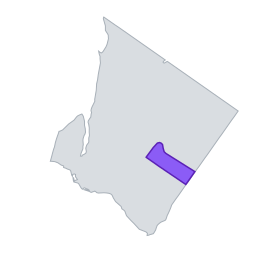 Al Farafra Oasis, Al Wadi at Jadid, Egypt (highlighted), rotated 215°
{"feature_id": "37247803B67299056810507", "entity_name": "Al Farafra Oasis", "entity_type": "district", "adm_level": 2, "iso_a3": "EGY", "parent_name": "Egypt", "parent_adm1": "Al Wadi at Jadid", "projection": "robinson", "projection_center": [27.531, 27.044], "detail": "fine", "context": "in_parent", "style": "filled", "palette": "violet", "viewbox_px": 256, "rotation_deg": 215, "n_neighbors": 0, "source": "geoboundaries", "source_scale": "gbopen_adm2", "svg_char_len": 3249}
<svg xmlns="http://www.w3.org/2000/svg" viewBox="0 0 256 256"><g transform="rotate(215 128 128)"><path d="M211.5,205.0L207.0,205.0L202.5,205.0L198.0,205.0L193.4,205.1L188.9,205.1L184.4,205.1L179.9,205.1L175.3,205.1L170.8,205.1L166.3,205.1L161.8,205.1L157.2,205.1L152.7,205.1L148.2,205.1L143.7,205.1L139.1,205.1L136.5,205.1L137.0,203.6L137.2,202.6L136.9,201.9L136.1,201.8L135.5,202.0L134.1,205.0L133.4,205.1L131.8,205.1L126.6,205.1L121.3,205.1L116.0,205.1L110.8,205.1L105.5,205.1L100.2,205.1L94.9,205.1L89.7,205.1L84.4,205.1L79.1,205.1L73.9,205.1L68.6,205.1L63.3,205.1L58.1,205.1L52.8,205.1L47.5,205.1L47.5,201.5L47.5,197.9L47.6,194.3L47.6,190.7L47.6,187.1L47.6,183.6L47.6,180.0L47.6,176.4L47.7,172.8L47.7,169.2L47.7,165.6L47.7,162.1L47.7,158.5L47.7,154.9L47.7,151.3L47.8,147.7L47.8,144.1L47.8,140.6L47.8,137.0L47.9,133.4L47.9,129.8L47.9,126.2L47.9,122.6L47.9,119.1L48.0,115.5L48.0,111.9L48.0,108.3L48.0,104.7L48.0,101.1L48.1,97.6L48.1,94.0L48.1,90.4L48.0,89.7L47.3,87.3L46.6,84.2L45.9,80.4L45.8,79.2L44.6,75.2L44.5,74.1L44.8,73.3L46.9,70.0L47.5,68.4L48.0,66.5L48.2,64.9L47.6,62.5L46.9,60.4L46.7,58.2L46.6,56.0L47.7,54.6L48.9,53.2L49.4,52.3L50.2,51.4L50.7,50.9L51.7,52.9L53.8,53.2L60.7,51.5L68.3,53.2L72.4,53.9L78.9,55.3L82.8,58.0L83.9,58.3L86.7,58.3L88.6,59.8L96.0,60.6L99.9,62.3L102.2,63.7L103.5,64.1L104.7,64.0L106.3,63.5L108.3,62.5L110.5,61.2L115.0,57.7L116.6,57.1L117.7,57.3L119.0,57.3L119.5,56.3L120.2,55.7L120.6,54.9L121.3,54.1L123.6,53.8L128.4,52.3L127.8,53.0L123.5,54.7L125.4,54.9L127.3,54.4L129.4,54.0L129.8,53.3L130.1,51.9L130.5,51.7L132.0,52.0L136.5,54.1L137.6,54.1L140.7,53.0L141.3,52.7L142.4,53.4L144.7,55.9L143.9,55.9L141.4,53.7L141.2,54.8L139.8,56.7L141.6,57.5L143.0,57.9L143.8,58.9L144.3,59.9L145.7,59.5L146.7,58.2L146.2,57.4L145.8,56.7L146.3,56.7L147.3,57.3L150.1,59.8L151.1,60.3L152.2,60.2L154.5,59.5L155.1,59.6L158.1,58.7L158.5,59.4L159.0,60.0L161.5,59.3L165.4,59.3L168.6,58.5L172.2,56.5L172.5,56.2L172.7,56.7L173.2,58.1L174.4,61.5L175.4,64.1L176.7,67.8L177.1,69.2L177.3,70.2L179.1,74.3L180.2,77.6L181.0,80.3L182.1,84.3L182.6,85.7L181.9,86.4L180.4,89.0L178.9,97.2L176.7,103.5L176.5,107.5L176.2,109.0L175.1,111.0L173.8,113.0L171.4,112.0L167.4,108.5L165.1,105.2L162.7,103.0L160.4,100.2L159.7,98.1L159.7,96.8L158.7,93.6L157.9,92.1L155.1,88.7L154.3,86.9L153.7,86.1L153.0,85.0L152.0,80.5L150.8,77.7L149.6,78.5L149.8,79.7L148.8,81.3L148.1,83.2L148.6,84.8L150.9,87.1L151.4,88.2L152.0,90.4L151.9,93.4L152.3,94.4L154.0,96.7L154.7,98.0L155.0,99.2L155.6,100.2L157.3,102.2L159.8,105.9L162.2,108.4L163.9,109.7L164.6,110.9L164.8,114.0L164.7,115.5L166.2,118.3L166.7,119.8L168.2,120.9L168.9,122.3L169.5,124.4L170.5,130.8L171.7,132.4L175.7,140.8L179.0,146.1L180.6,150.1L183.1,154.9L187.9,165.5L190.7,168.8L191.9,170.6L193.9,172.0L196.1,174.1L194.0,173.9L193.5,174.0L192.8,174.3L192.4,175.6L192.3,176.6L192.6,182.0L193.2,184.7L195.2,189.9L196.5,191.5L197.2,192.5L198.2,193.2L202.5,195.0L205.1,198.7L210.9,203.4L211.5,204.7L211.5,205.0Z" fill="#d9dde1" stroke="#a8b0b8" stroke-width="1"/><path d="M96.4,114.5L95.4,114.4L80.4,114.4L48.3,114.9L48.2,117.6L48.2,126.3L48.2,130.6L82.4,128.9L84.8,129.3L87.7,131.7L90.3,134.3L92.2,134.6L93.8,134.2L95.3,132.5L96.1,126.5L96.4,114.5L96.4,114.5Z" fill="#8b5cf6" stroke="#5b21b6" stroke-width="1.5"/></g></svg>